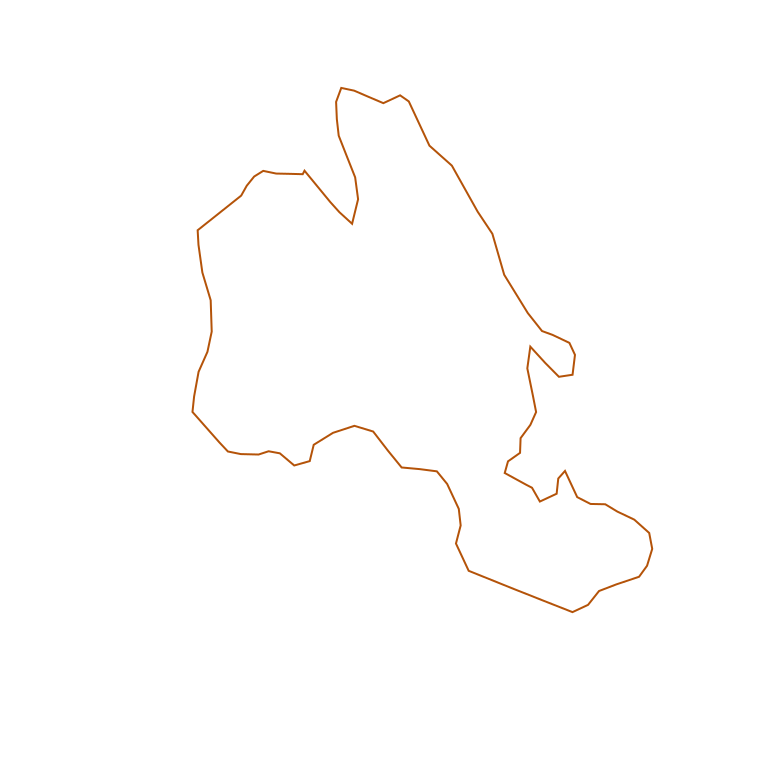 Seosan-si, South Chungcheong, South Korea, rotated 155°
{"feature_id": "91817680B60871253292980", "entity_name": "Seosan-si", "entity_type": "district", "adm_level": 2, "iso_a3": "KOR", "parent_name": "South Korea", "parent_adm1": "South Chungcheong", "projection": "natural_earth1", "projection_center": [126.456, 36.801], "detail": "fine", "context": "isolated", "style": "outline", "palette": "amber", "viewbox_px": 768, "rotation_deg": 155, "n_neighbors": 0, "source": "geoboundaries", "source_scale": "gbopen_adm2", "svg_char_len": 1376}
<svg xmlns="http://www.w3.org/2000/svg" viewBox="0 0 768 768"><g transform="rotate(155 384 384)"><path d="M569.4,439.6L557.9,400.7L554.0,388.8L543.4,381.0L527.5,373.1L517.0,371.8L507.7,365.2L499.8,348.1L483.9,345.5L473.4,358.6L450.9,361.3L428.5,358.6L413.9,345.5L408.6,321.9L403.3,300.9L387.5,291.7L373.0,282.5L369.0,266.7L369.0,239.2L374.3,223.4L386.2,209.0L386.2,182.8L386.2,178.9L353.1,143.5L332.0,121.2L309.6,97.6L292.4,97.6L276.6,105.5L258.1,104.2L234.3,101.5L222.4,108.1L210.6,121.2L206.6,136.9L214.5,155.3L226.4,169.7L234.3,181.5L247.5,188.0L256.7,199.8L256.7,228.7L266.0,224.7L273.9,211.6L292.4,211.6L293.7,227.4L297.7,232.6L301.6,237.9L312.2,252.3L304.3,261.5L289.8,264.1L283.1,277.2L268.6,285.1L258.0,294.3L254.1,310.0L247.5,337.6L235.6,356.0L229.0,335.0L222.4,316.6L209.2,312.7L198.6,329.7L198.6,342.9L210.5,357.3L218.4,365.2L223.7,387.5L228.9,432.2L222.3,474.3L223.8,484.2L226.3,500.6L230.2,553.2L242.1,580.8L242.1,607.2L242.1,629.6L247.4,638.8L265.9,638.8L276.5,650.6L287.1,662.5L297.6,670.4L308.2,659.9L314.8,644.0L320.1,628.2L321.4,607.2L322.8,583.5L329.4,562.4L345.2,542.7L351.8,558.5L355.8,571.6L365.9,610.9L369.0,608.5L379.6,613.8L392.8,620.3L403.4,628.2L414.0,626.9L424.6,621.7L433.8,615.1L487.9,602.1L493.3,588.6L501.5,561.8L505.7,533.1L518.0,504.3L530.4,487.8L546.9,473.4L561.4,452.9L569.4,439.6Z" fill="none" stroke="#b45309" stroke-width="2"/></g></svg>